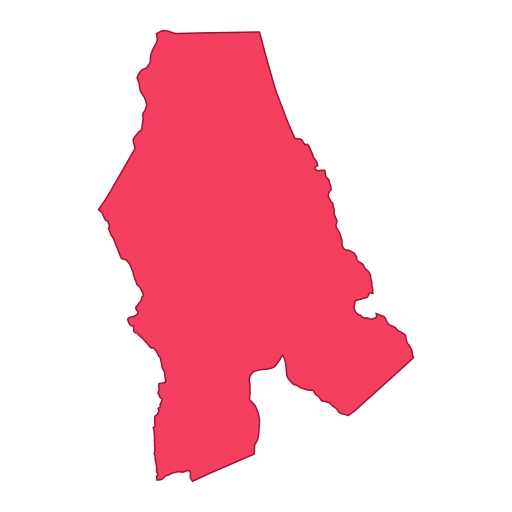 Mucugê, Bahia, Brazil
{"feature_id": "56859067B79492424701178", "entity_name": "Mucugê", "entity_type": "district", "adm_level": 2, "iso_a3": "BRA", "parent_name": "Brazil", "parent_adm1": "Bahia", "projection": "albers", "projection_center": [-41.471, -13.068], "detail": "fine", "context": "isolated", "style": "filled", "palette": "rose", "viewbox_px": 512, "rotation_deg": 0, "n_neighbors": 0, "source": "geoboundaries", "source_scale": "gbopen_adm2", "svg_char_len": 5275}
<svg xmlns="http://www.w3.org/2000/svg" viewBox="0 0 512 512"><path d="M156.9,480.1L159.2,479.9L161.6,479.5L163.1,478.2L165.5,476.0L168.2,475.1L170.9,473.8L172.5,472.9L174.4,472.7L176.2,472.1L179.0,471.7L181.0,472.0L183.4,472.2L185.4,471.3L187.0,470.7L189.5,470.7L190.4,472.6L190.4,474.8L190.2,477.0L191.0,479.0L192.6,481.3L212.0,472.3L254.0,454.2L254.4,451.7L254.5,448.6L254.7,444.8L256.2,442.3L257.5,439.8L258.1,437.5L258.5,434.8L258.8,432.5L259.0,429.1L259.2,427.0L259.3,424.8L259.5,422.6L259.4,419.3L259.0,417.1L258.6,414.6L258.0,412.4L256.7,409.4L255.5,406.2L253.9,404.2L251.6,401.7L249.7,399.9L249.5,397.7L249.9,395.1L250.1,392.6L250.0,390.1L249.9,388.1L250.0,386.0L249.8,383.7L249.4,381.5L249.2,379.1L250.0,376.3L251.6,373.7L253.8,371.3L257.1,370.6L259.8,369.9L262.0,369.5L264.0,369.2L266.7,369.3L269.2,368.6L271.7,368.1L274.0,366.9L275.8,365.5L277.0,363.6L278.3,361.8L280.0,359.5L281.3,357.0L282.5,355.2L283.7,357.1L284.6,359.2L285.3,361.9L285.6,363.8L286.0,366.6L286.3,369.1L286.5,371.8L286.8,375.1L287.4,377.1L288.5,379.0L290.4,381.1L292.7,383.7L294.4,384.7L297.0,385.3L299.0,386.8L301.8,388.1L304.3,389.0L306.7,389.8L309.0,390.1L311.0,390.2L312.9,390.3L314.0,391.8L314.9,393.7L316.4,395.1L318.4,396.4L320.3,399.0L321.9,401.1L324.2,401.2L327.3,402.1L329.5,402.7L331.3,404.8L333.0,406.2L334.7,407.4L336.8,409.0L338.2,411.4L339.9,413.0L342.3,413.9L345.0,414.4L348.2,415.6L354.4,411.1L359.1,406.9L409.1,361.8L413.5,357.6L412.4,354.7L412.1,351.4L411.5,349.6L410.5,347.8L409.2,345.5L407.1,342.7L406.4,340.3L405.9,338.1L405.6,335.7L404.6,334.1L402.6,333.2L400.8,332.0L398.5,331.0L396.9,329.5L395.2,327.4L393.2,326.5L391.5,325.8L389.6,324.9L388.1,323.6L387.2,322.1L386.1,320.3L385.3,318.1L383.6,316.2L380.9,315.6L378.5,314.4L376.2,313.5L376.7,316.9L374.6,318.3L372.0,319.1L369.7,318.8L367.4,317.9L364.4,318.0L362.4,317.3L360.7,315.2L358.6,314.9L357.2,313.7L355.6,312.0L354.4,309.4L353.8,306.7L354.6,304.3L355.1,300.8L358.7,299.7L361.4,299.1L364.1,298.1L366.5,297.7L368.1,296.1L368.8,294.2L369.9,292.7L372.9,293.4L372.6,291.2L372.8,289.3L371.9,286.2L371.9,283.9L371.8,282.1L371.0,279.6L370.7,277.7L370.4,274.7L368.2,271.1L366.0,269.3L364.3,267.3L363.5,265.0L362.2,263.8L360.6,262.7L358.5,261.8L356.7,259.5L356.6,256.9L355.5,255.3L354.7,253.7L353.0,252.5L350.8,251.1L347.8,250.1L345.2,249.8L343.6,248.4L342.5,246.4L341.9,243.7L341.9,239.9L340.8,236.7L339.9,233.5L338.5,231.1L337.6,229.6L336.5,227.7L335.8,225.1L336.9,222.4L337.0,220.2L335.7,218.1L334.7,215.4L334.1,213.0L334.1,210.6L333.9,208.4L333.2,206.1L332.8,203.3L330.9,201.7L329.6,198.6L328.2,196.5L328.4,194.3L329.3,191.7L331.1,189.5L330.9,187.3L330.3,184.9L329.4,182.4L329.3,180.5L327.7,178.5L325.6,176.3L325.5,174.4L325.3,172.4L324.6,170.2L322.6,170.2L320.4,170.4L318.3,170.7L316.6,170.4L315.0,169.0L315.2,167.0L317.7,165.6L316.9,162.3L315.6,160.3L314.6,158.7L313.4,157.2L312.8,155.0L311.8,152.5L310.6,150.0L309.5,147.2L307.7,144.3L305.1,144.6L303.5,142.7L301.9,139.9L299.9,138.9L297.5,138.7L294.9,138.4L288.1,122.8L275.6,90.2L265.8,55.8L259.5,32.0L202.2,32.9L190.8,33.2L176.4,33.5L174.6,33.3L171.5,32.3L168.0,31.0L165.0,30.7L162.3,30.7L160.0,31.7L156.6,33.6L157.0,36.9L157.3,40.0L156.3,42.8L155.4,45.0L154.1,47.0L152.8,49.5L151.3,53.1L150.8,55.6L150.4,57.5L150.4,60.0L150.0,62.9L148.6,64.7L147.5,66.6L145.4,68.6L142.6,69.4L140.5,71.4L138.8,73.8L137.1,77.7L137.8,80.1L138.8,82.1L139.3,84.2L139.3,86.1L139.8,88.2L140.1,89.9L140.7,91.8L142.6,94.6L144.4,97.5L145.6,100.4L146.1,102.4L146.8,105.2L145.9,107.9L145.0,110.3L143.3,112.9L142.7,115.1L143.0,117.3L142.9,120.5L142.5,123.3L142.0,126.0L141.9,128.3L141.1,130.1L139.1,131.6L137.5,133.5L135.9,135.5L134.5,137.1L133.3,139.5L133.4,142.1L134.3,145.3L135.1,148.4L111.8,189.0L105.1,200.0L98.5,209.5L100.3,211.3L101.8,212.6L102.8,214.6L103.8,216.7L104.5,218.4L105.9,220.6L108.0,221.2L108.4,223.3L109.5,226.0L108.5,228.5L109.4,230.8L110.3,232.7L110.9,234.8L112.4,236.8L113.7,239.2L114.9,242.3L116.0,245.0L117.1,247.6L118.0,250.1L118.7,251.9L119.5,253.8L120.4,256.2L121.5,258.4L123.9,259.4L126.0,259.6L127.6,261.7L129.5,263.8L130.7,266.2L131.8,269.5L132.9,271.2L133.2,273.2L133.5,275.1L134.3,276.8L134.9,279.3L136.1,281.8L136.7,284.2L137.9,285.4L139.8,287.2L141.2,289.8L142.7,292.8L143.4,295.6L141.8,297.2L141.1,300.5L138.8,303.4L137.2,305.6L135.7,307.3L136.3,309.9L137.9,311.6L137.9,313.5L135.6,315.5L132.8,316.6L130.1,317.2L127.7,318.9L128.4,322.0L129.7,324.4L131.2,325.8L133.2,325.8L133.8,328.2L133.6,330.9L135.2,332.9L137.2,333.0L138.7,335.1L141.4,337.3L143.2,339.1L144.9,341.0L146.6,342.7L147.9,344.3L149.8,346.8L151.6,348.2L153.9,347.7L154.9,349.7L156.3,351.1L157.5,353.2L158.7,356.0L160.3,357.8L160.9,360.9L161.6,363.9L162.0,366.8L162.8,369.1L164.4,371.5L164.9,374.5L165.0,377.1L165.7,380.0L165.3,382.4L162.3,383.1L159.1,383.5L158.5,386.5L159.5,389.0L158.5,391.2L158.0,393.4L159.3,395.3L159.9,397.4L162.1,399.0L161.5,401.5L160.0,404.6L160.4,406.7L158.1,408.4L159.1,410.4L158.5,412.4L157.0,414.6L154.9,416.2L154.7,419.1L154.7,422.7L155.2,425.7L153.2,427.8L154.2,431.2L154.2,433.6L154.5,436.1L154.5,438.7L154.5,441.1L154.6,443.4L154.5,445.6L154.9,447.8L154.8,450.7L154.1,454.0L155.2,456.1L155.0,458.1L155.5,460.3L156.0,463.3L156.5,466.1L156.8,468.1L156.3,469.9L157.0,472.6L158.0,474.5L156.6,476.3L156.9,480.1Z" fill="#f43f5e" stroke="#9f1239" stroke-width="1.5"/></svg>